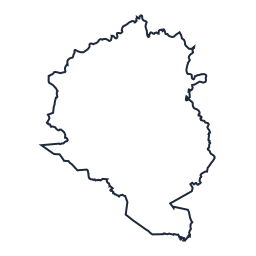 Santiago Jocotepec, Oaxaca, Mexico (Albers equal-area conic projection)
{"feature_id": "50627088B21737017229754", "entity_name": "Santiago Jocotepec", "entity_type": "district", "adm_level": 2, "iso_a3": "MEX", "parent_name": "Mexico", "parent_adm1": "Oaxaca", "projection": "albers", "projection_center": [-95.984, 17.649], "detail": "fine", "context": "isolated", "style": "outline", "palette": "slate", "viewbox_px": 256, "rotation_deg": 0, "n_neighbors": 0, "source": "geoboundaries", "source_scale": "gbopen_adm2", "svg_char_len": 5738}
<svg xmlns="http://www.w3.org/2000/svg" viewBox="0 0 256 256"><path d="M47.9,114.7L49.0,116.6L49.4,118.2L48.9,119.5L46.9,122.8L47.7,123.7L48.3,123.5L48.7,123.8L49.1,124.5L50.0,124.5L50.8,126.0L50.7,126.5L51.0,126.8L52.6,126.5L55.2,127.3L56.4,129.0L58.3,130.3L58.8,130.3L60.0,129.5L60.8,129.5L61.3,130.1L62.5,130.7L63.1,131.5L64.1,132.2L65.1,134.6L65.3,135.5L65.0,137.7L66.2,137.8L66.7,138.2L67.7,139.7L67.7,140.1L67.3,141.0L66.9,141.3L65.9,141.4L64.7,142.0L64.1,142.8L63.2,143.5L61.8,143.4L61.5,143.7L59.9,144.1L59.1,143.6L41.4,145.2L53.6,153.8L56.0,154.2L59.6,154.3L63.2,159.4L64.0,160.8L68.5,161.1L69.5,162.4L70.2,163.2L71.6,164.0L77.4,170.3L86.5,169.6L87.3,169.9L88.1,171.5L88.1,172.8L88.6,173.7L88.4,174.5L88.9,177.8L89.5,178.2L89.5,178.5L90.5,179.2L92.7,179.4L93.2,179.9L94.7,179.4L95.4,180.4L96.1,180.1L97.6,180.2L98.0,179.8L98.9,179.9L99.1,180.2L99.5,180.3L100.0,180.1L100.6,180.4L102.4,179.0L102.9,178.9L107.2,179.3L106.9,179.6L106.8,181.5L108.0,183.0L108.8,183.3L109.2,183.8L109.3,184.9L109.5,185.2L109.5,186.2L110.0,185.9L110.3,186.4L111.4,187.1L112.7,188.3L112.0,189.0L110.7,189.5L110.3,190.3L110.7,190.8L112.2,191.0L112.9,191.6L113.3,192.0L113.0,193.2L113.2,193.4L114.5,193.6L115.0,194.4L115.6,194.4L116.9,195.2L118.0,195.5L118.7,196.4L119.1,196.5L119.4,195.9L120.4,195.3L122.5,194.8L123.7,195.7L125.1,195.9L127.4,202.0L125.7,214.6L133.5,220.7L146.8,230.1L148.1,230.7L150.4,233.0L152.4,234.4L162.2,234.2L163.6,234.1L163.7,233.5L164.8,233.5L166.5,234.1L167.7,234.2L169.1,233.6L173.5,234.7L173.9,234.0L174.1,234.0L174.4,234.2L177.2,234.8L178.2,234.6L178.9,235.9L178.9,236.6L180.8,237.0L180.3,237.6L180.9,237.7L181.1,238.0L180.3,238.5L180.4,239.4L180.8,239.6L181.7,238.3L182.8,237.8L184.1,238.1L183.3,240.5L185.0,240.6L185.8,239.4L187.1,238.2L187.3,237.4L188.5,237.0L188.3,235.8L188.9,235.1L189.9,236.0L190.0,234.8L189.1,232.7L189.8,230.7L190.9,228.9L190.4,226.9L190.6,225.7L190.5,224.4L192.3,222.2L191.6,221.7L191.5,221.1L190.2,218.2L188.9,212.0L187.9,209.8L174.0,206.8L173.7,208.1L170.2,203.4L191.8,191.2L192.6,188.2L192.4,187.3L190.4,184.2L191.5,183.2L192.4,182.8L193.7,184.3L194.2,184.2L195.7,183.0L196.3,183.0L197.2,184.5L198.1,184.7L198.8,184.1L200.3,183.2L200.7,182.6L199.5,180.8L200.1,178.1L200.8,177.2L201.2,177.0L201.3,176.5L200.6,175.4L200.8,174.5L202.0,173.4L204.7,171.9L205.4,171.6L207.0,171.6L207.7,167.8L209.6,165.5L209.8,164.8L210.5,164.2L211.0,163.2L212.9,160.9L214.6,158.1L214.4,157.4L214.6,156.8L213.5,155.4L211.1,153.9L210.5,153.2L209.7,151.1L209.1,150.4L208.3,150.0L207.8,149.3L207.8,148.7L208.3,148.0L209.1,147.5L209.2,144.7L209.7,143.5L210.2,143.0L210.0,142.6L209.2,142.1L209.6,140.8L208.4,140.0L209.1,134.8L208.5,134.4L208.9,133.1L210.0,132.7L209.4,130.5L207.8,128.3L207.4,127.2L208.7,124.3L208.0,123.2L206.5,122.7L205.3,122.6L204.4,121.0L201.1,120.2L200.4,118.8L200.5,118.3L201.2,118.3L201.5,117.6L201.4,116.8L200.9,116.4L200.5,116.4L199.8,115.7L198.7,115.5L199.0,114.9L198.9,114.8L199.3,114.6L199.1,113.7L199.5,113.5L199.6,112.8L199.3,111.7L198.8,110.9L196.9,109.3L194.1,108.3L192.9,106.2L192.6,102.6L189.7,100.0L188.4,99.6L186.8,100.4L185.9,99.9L186.1,97.7L186.4,96.4L187.7,97.5L187.8,98.2L188.7,98.3L189.8,97.2L189.4,92.0L188.5,91.9L188.6,91.4L189.7,90.8L188.9,89.8L188.7,89.8L188.7,89.6L188.9,89.4L189.5,89.5L191.0,90.3L191.3,90.2L192.0,89.4L192.7,87.8L192.2,86.3L192.2,84.9L194.4,84.7L199.4,81.7L200.6,81.8L203.1,82.6L204.7,82.2L205.5,81.7L205.9,80.6L206.0,80.1L205.7,77.9L206.3,76.2L206.2,75.5L205.8,74.7L203.9,74.1L201.0,74.3L199.3,75.0L197.6,75.1L196.0,76.0L194.9,76.2L194.2,78.8L193.4,79.3L192.7,79.0L191.9,78.0L191.7,75.0L191.4,74.6L189.6,74.0L187.8,73.9L187.1,73.2L186.5,71.1L186.4,70.2L186.8,67.4L188.1,62.7L189.8,60.1L188.8,57.8L188.8,56.9L189.6,55.4L190.5,54.4L192.3,53.2L193.0,52.4L193.0,51.8L192.6,51.2L192.5,49.9L192.8,49.1L194.0,48.0L194.2,46.7L191.7,48.8L190.9,48.9L189.1,48.8L185.9,45.8L185.1,44.5L185.1,43.2L184.5,40.9L184.0,39.9L181.9,38.4L181.3,35.5L179.6,32.3L176.1,34.6L173.6,36.8L172.8,37.0L171.4,36.8L169.3,36.1L168.5,35.5L167.4,34.0L166.7,34.2L165.9,34.1L165.4,33.6L164.8,31.2L164.0,29.5L163.6,29.3L163.1,29.5L162.9,30.8L162.6,31.1L161.4,29.7L160.0,29.9L158.9,30.8L158.6,32.8L158.7,33.7L158.1,33.7L156.5,32.5L154.6,33.1L154.2,33.8L153.9,33.9L153.3,33.7L151.5,32.5L150.7,32.4L150.2,32.9L149.9,33.9L148.9,34.7L149.3,36.4L148.7,36.9L147.9,36.6L147.2,35.0L146.8,30.9L145.5,26.8L145.8,24.6L146.7,22.2L146.0,21.4L143.3,20.3L142.3,18.7L142.1,16.1L141.6,15.5L141.1,15.4L140.8,15.4L139.6,16.6L139.4,18.5L139.1,18.6L138.4,18.2L136.9,17.1L137.0,18.3L136.3,18.7L136.5,21.0L135.9,21.3L135.3,22.3L134.7,22.4L134.7,22.1L135.2,21.8L134.6,21.4L132.0,21.1L128.6,22.8L127.8,23.7L125.1,25.5L124.5,25.5L123.9,26.1L123.2,26.3L122.4,27.5L121.7,30.2L122.1,30.8L122.3,31.9L121.2,32.9L120.1,33.4L119.2,33.0L117.2,33.1L116.9,34.0L117.3,35.7L117.4,36.7L117.3,37.3L116.6,38.3L116.1,38.4L115.2,38.1L114.1,36.6L113.0,35.8L112.1,35.8L112.1,36.1L111.7,36.0L111.9,36.7L111.6,37.2L111.1,39.8L110.5,40.5L109.9,40.8L109.0,40.9L107.7,39.8L105.5,38.9L103.1,39.2L102.4,39.7L101.6,39.3L100.2,39.2L99.1,40.0L97.6,42.2L95.8,43.3L94.3,43.6L93.4,44.2L91.4,43.5L90.5,43.5L90.1,43.7L89.5,44.6L89.5,46.9L88.9,47.8L87.6,49.4L83.6,52.2L81.7,52.3L80.7,52.2L78.0,51.4L75.2,49.9L74.7,50.1L74.5,50.5L74.4,52.1L74.6,52.7L73.6,54.4L73.0,56.9L72.0,57.8L70.8,57.9L69.5,58.6L68.5,59.3L67.7,60.3L67.3,61.9L67.6,64.9L66.8,64.5L65.2,67.3L64.9,68.4L65.4,71.6L65.0,72.1L62.3,72.6L60.4,73.2L58.2,72.5L55.5,72.0L54.1,72.2L53.5,73.2L52.8,73.9L51.8,74.6L51.1,74.7L49.9,75.4L49.1,75.7L49.3,76.0L48.7,76.3L48.6,80.8L48.7,81.5L49.3,82.9L51.8,84.3L53.5,85.6L56.3,88.8L57.0,90.5L57.6,91.0L56.9,92.2L56.7,93.6L57.3,96.6L57.0,97.4L55.9,97.6L54.7,102.7L54.6,104.4L53.8,106.7L53.1,112.8L47.9,114.7Z" fill="none" stroke="#1e293b" stroke-width="2"/></svg>